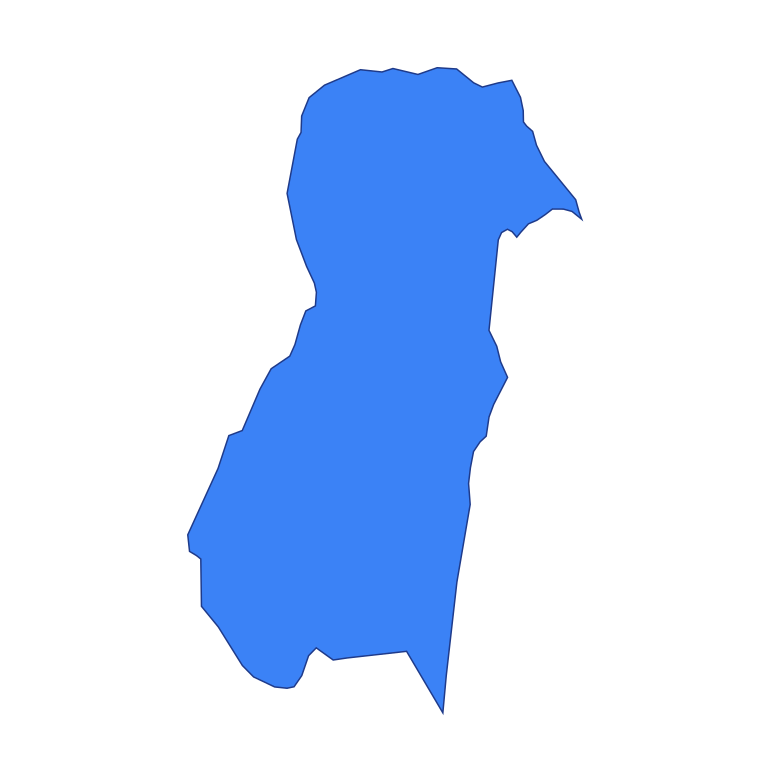 Sibut, Kémo, Central African Republic, rotated 96°
{"feature_id": "33826404B70800381391301", "entity_name": "Sibut", "entity_type": "district", "adm_level": 2, "iso_a3": "CAF", "parent_name": "Central African Republic", "parent_adm1": "Kémo", "projection": "orthographic", "projection_center": [19.084, 5.828], "detail": "fine", "context": "isolated", "style": "filled", "palette": "blue", "viewbox_px": 768, "rotation_deg": 96, "n_neighbors": 0, "source": "geoboundaries", "source_scale": "gbopen_adm2", "svg_char_len": 1189}
<svg xmlns="http://www.w3.org/2000/svg" viewBox="0 0 768 768"><g transform="rotate(96 384 384)"><path d="M704.9,291.1L667.5,291.6L573.3,290.8L494.8,285.7L481.6,288.1L474.1,289.5L458.2,289.3L441.8,287.9L431.5,282.4L425.2,276.9L405.8,276.1L392.9,272.8L364.5,261.8L349.8,270.3L334.7,275.8L319.7,285.2L228.7,285.4L221.1,282.9L217.2,277.4L219.1,272.5L224.1,267.3L218.6,263.7L209.6,257.1L205.2,249.1L198.7,241.4L192.4,234.8L191.3,223.9L192.7,215.1L199.5,204.6L192.7,207.9L180.7,212.6L145.9,247.7L130.6,257.3L117.2,262.6L112.6,269.1L108.8,272.7L97.6,274.1L84.7,278.2L68.6,288.6L72.7,302.1L78.4,317.2L75.1,326.3L63.1,344.7L63.9,364.2L72.6,382.6L69.3,408.1L73.9,418.6L73.9,440.3L93.0,474.4L107.0,488.4L126.1,493.9L142.5,492.8L149.6,495.8L204.6,500.3L249.5,486.2L275.1,473.3L290.9,463.8L299.9,460.8L313.5,460.4L319.5,469.4L334.0,473.3L354.1,476.7L366.1,480.6L380.6,497.8L402.0,506.8L445.1,520.1L451.5,532.9L485.3,540.2L554.5,563.4L570.8,559.9L574.2,552.6L577.2,547.9L624.2,542.3L642.9,523.4L678.8,495.4L689.0,483.0L696.7,461.1L696.7,448.6L694.5,441.8L682.6,435.3L662.1,430.6L653.5,423.8L663.8,405.7L660.3,392.0L647.5,333.6L704.9,291.1Z" fill="#3b82f6" stroke="#1e3a8a" stroke-width="1.5"/></g></svg>